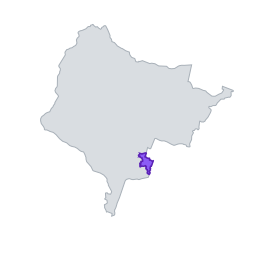 Kahemba, Bandundu, Democratic Republic of the Congo (highlighted), rotated 290°
{"feature_id": "63176286B37251946319002", "entity_name": "Kahemba", "entity_type": "district", "adm_level": 2, "iso_a3": "COD", "parent_name": "Democratic Republic of the Congo", "parent_adm1": "Bandundu", "projection": "albers", "projection_center": [18.943, -7.197], "detail": "fine", "context": "in_parent", "style": "filled", "palette": "violet", "viewbox_px": 256, "rotation_deg": 290, "n_neighbors": 0, "source": "geoboundaries", "source_scale": "gbopen_adm2", "svg_char_len": 6498}
<svg xmlns="http://www.w3.org/2000/svg" viewBox="0 0 256 256"><g transform="rotate(290 128 128)"><path d="M209.1,166.2L192.1,168.5L192.4,169.5L192.3,170.5L191.8,171.3L190.0,173.3L187.5,175.2L187.4,175.7L188.7,177.9L189.4,180.9L189.1,186.1L189.4,187.5L189.3,188.6L188.5,189.8L186.6,196.0L187.7,199.1L191.0,202.0L192.9,204.1L196.1,204.9L196.7,204.8L196.9,203.1L199.5,202.5L199.3,213.6L199.1,214.2L198.6,214.4L197.9,214.0L197.8,212.9L197.1,212.5L193.9,213.8L193.1,213.7L192.2,213.5L191.6,212.9L191.4,212.0L189.2,208.7L188.1,208.5L186.9,205.5L182.0,203.3L180.0,203.1L179.0,202.4L178.1,200.1L176.4,198.6L176.1,196.9L175.8,196.7L174.7,197.0L173.8,199.6L172.7,200.2L170.6,200.2L165.4,199.4L161.8,198.0L160.8,198.0L159.4,196.8L158.8,194.8L159.1,193.3L158.9,193.0L153.2,194.3L151.9,195.0L150.6,194.8L150.2,194.4L150.8,193.3L150.5,192.2L150.1,191.6L148.4,191.2L147.9,190.0L146.9,189.8L146.6,189.9L146.3,190.8L145.7,191.1L142.3,190.6L138.8,191.7L134.1,191.3L131.9,192.6L131.6,192.6L131.1,191.9L130.7,189.8L130.9,189.2L131.6,188.8L131.9,188.0L131.6,185.8L131.8,185.2L131.6,184.0L130.9,182.0L129.9,180.3L127.8,177.8L127.4,176.7L127.6,173.9L128.3,169.5L128.3,166.3L127.4,164.2L127.2,161.9L127.8,157.8L127.3,156.8L116.6,156.4L116.1,156.1L115.9,155.5L116.4,153.1L109.9,153.7L107.9,154.2L106.7,155.2L106.3,156.4L106.2,158.2L105.2,159.9L105.0,162.7L103.1,163.1L101.3,163.1L97.9,162.5L94.5,163.3L92.8,164.0L91.9,163.7L88.9,164.0L88.5,163.8L85.0,158.1L83.4,156.2L83.1,155.3L83.2,154.4L82.8,153.3L81.2,150.4L80.9,149.0L80.9,146.9L80.7,146.2L79.3,144.3L78.3,143.7L77.2,143.4L59.6,143.8L53.8,143.5L49.6,143.8L47.4,143.7L46.8,143.4L44.9,143.9L43.9,144.6L42.4,145.1L41.4,144.9L39.6,142.8L42.0,142.4L42.2,142.2L42.3,137.2L41.7,136.5L43.0,135.6L45.1,133.3L47.2,132.5L47.5,132.1L47.9,132.1L48.7,133.0L50.5,134.2L52.7,133.1L53.0,132.8L53.2,130.6L53.8,130.4L54.8,130.9L55.3,130.9L56.3,130.3L59.1,129.1L60.0,130.5L59.2,131.8L59.6,132.7L59.6,134.0L60.1,134.3L62.4,134.5L63.0,134.1L67.5,129.1L68.7,128.6L70.5,126.6L73.0,125.7L74.1,124.1L75.5,121.3L76.2,117.3L75.9,110.4L76.1,109.5L79.1,106.4L82.2,100.7L84.3,99.2L85.9,98.6L88.3,96.6L90.3,94.5L90.0,92.0L90.5,89.9L91.5,87.3L91.9,84.5L91.5,81.6L91.6,79.2L93.1,75.4L93.2,71.1L94.5,67.4L97.1,62.8L98.3,59.3L98.1,55.9L98.4,53.4L98.3,52.0L97.8,50.7L98.1,49.9L99.0,49.6L100.3,48.3L102.5,45.0L104.9,43.4L106.6,42.8L108.3,42.9L109.4,43.2L111.3,44.5L113.4,45.5L114.9,46.8L116.5,48.9L120.2,49.3L121.8,50.1L122.8,50.3L123.1,50.2L123.9,50.3L125.7,50.9L127.1,50.6L133.9,51.9L134.7,51.3L136.7,47.8L138.1,46.6L140.5,46.5L142.3,47.2L143.3,47.2L151.8,44.3L152.9,44.2L156.0,45.0L158.0,44.5L158.8,44.7L160.6,44.2L162.0,42.1L163.2,41.6L175.3,44.1L177.2,43.0L178.1,42.9L180.8,43.7L181.6,45.0L183.2,46.2L184.3,48.0L186.1,49.1L187.0,50.0L188.1,50.7L190.3,51.0L193.1,49.4L195.1,49.6L197.1,50.6L197.8,50.6L199.3,49.6L200.1,48.6L200.9,48.4L202.0,48.9L203.0,49.9L203.8,51.3L206.8,54.5L209.7,55.9L210.4,57.8L211.4,57.7L212.0,57.9L212.7,59.1L213.2,59.3L213.3,59.8L212.5,61.0L211.8,63.1L212.7,64.5L211.8,66.4L211.4,68.5L212.3,69.0L213.6,69.0L214.7,70.1L215.5,70.3L216.4,71.4L216.2,72.3L213.2,75.5L208.8,79.5L207.3,79.9L206.5,80.7L206.0,81.8L204.7,82.8L203.7,83.2L203.6,86.1L202.0,89.1L201.5,89.7L200.6,94.6L200.7,95.5L199.8,99.5L199.8,103.3L197.7,104.4L196.2,106.3L195.6,107.5L195.6,110.6L193.2,112.5L193.0,112.9L193.5,115.1L194.4,115.4L194.4,116.2L196.2,118.5L196.0,125.7L196.0,126.4L197.0,128.1L197.6,131.4L196.8,135.5L199.2,143.2L198.0,145.9L198.5,148.6L199.9,151.5L203.5,154.3L204.4,155.4L205.3,157.0L206.1,159.4L209.1,166.2Z" fill="#d9dde1" stroke="#a8b0b8" stroke-width="1"/><path d="M96.4,152.8L96.5,152.9L96.4,153.0L96.5,153.0L96.5,153.3L96.5,153.6L96.7,153.8L96.8,153.8L96.7,153.8L96.8,154.0L97.0,154.0L97.0,154.3L97.1,154.5L97.1,154.8L97.2,155.0L97.2,155.3L97.3,155.5L97.5,155.9L97.5,156.0L97.8,156.3L98.0,156.5L98.1,156.8L98.1,157.0L98.3,157.1L98.5,157.1L98.6,157.3L98.5,157.5L98.1,158.4L97.9,158.5L97.7,158.4L97.4,158.2L97.3,158.4L97.1,158.6L96.8,158.7L96.6,158.8L96.5,158.7L96.4,158.7L96.2,158.6L95.9,158.7L95.9,158.9L95.7,159.0L95.6,159.3L95.6,159.5L95.6,159.8L95.5,160.0L95.5,160.3L95.3,160.3L95.2,160.3L95.0,160.5L94.9,160.7L94.7,160.6L94.6,160.8L94.5,161.0L94.4,161.1L94.5,161.1L94.4,161.1L94.3,161.3L94.1,161.3L93.9,161.3L93.7,161.4L93.3,161.2L93.2,161.2L92.6,161.3L92.1,161.6L92.0,161.8L91.9,161.9L91.9,162.0L92.0,162.1L91.9,162.3L92.0,162.6L91.8,162.8L91.7,162.9L91.7,163.2L91.7,163.8L92.2,163.8L92.3,163.9L92.5,164.1L93.6,164.0L93.7,163.9L93.5,163.7L93.6,163.4L93.9,163.4L94.1,163.1L94.6,163.0L95.1,163.0L95.4,162.9L95.5,163.0L95.9,163.3L96.0,163.2L96.1,163.3L96.2,163.2L96.3,163.2L97.5,163.1L97.6,162.8L97.7,162.7L97.8,162.6L97.8,162.4L99.8,162.3L99.9,162.7L99.9,162.8L100.0,163.0L105.8,163.0L105.9,162.9L105.8,162.7L105.1,162.4L105.1,162.2L105.1,161.9L105.2,161.3L105.3,161.1L105.4,160.9L105.5,160.4L105.6,160.1L105.5,159.8L105.4,159.7L105.3,159.4L105.2,159.2L105.3,159.1L106.1,159.1L106.3,159.0L106.3,158.9L106.4,158.7L106.4,158.4L106.5,158.3L106.6,158.2L106.8,158.2L106.7,157.9L106.6,157.7L106.4,157.2L106.3,156.7L106.4,156.3L106.4,156.2L106.5,155.8L106.4,155.7L106.4,155.4L106.5,155.1L106.7,154.6L107.0,154.4L106.9,154.1L106.8,153.8L110.6,153.8L110.7,153.7L110.6,153.4L110.5,153.2L110.5,152.9L110.4,152.9L110.4,152.7L110.2,152.4L110.1,152.2L109.9,152.0L109.9,151.9L109.7,151.7L109.5,151.4L109.4,151.4L109.3,151.2L109.2,151.0L109.1,150.9L109.0,150.7L108.9,150.7L108.8,150.4L108.6,150.4L108.4,150.0L108.3,149.8L108.4,149.7L108.3,149.4L108.3,149.2L108.4,148.8L108.3,148.7L108.3,148.3L108.3,148.2L108.2,148.0L108.2,147.8L108.2,147.7L108.1,147.8L107.9,147.8L107.7,147.9L107.4,147.9L107.1,147.8L106.6,147.6L106.5,147.4L106.4,147.4L106.2,147.4L106.0,147.2L105.9,147.2L105.8,147.3L105.7,147.4L105.5,148.0L105.4,148.1L105.2,148.2L104.9,148.1L105.0,148.3L105.0,148.7L104.9,148.8L105.0,148.9L104.9,148.9L104.9,149.0L104.9,149.4L104.8,149.5L104.8,149.8L104.8,150.0L104.6,150.2L104.5,150.6L104.4,150.8L104.4,151.0L104.3,151.3L104.4,151.5L104.1,151.5L103.9,151.6L103.7,151.9L103.6,152.1L103.4,152.3L103.2,152.4L103.1,152.6L102.9,152.7L102.9,152.8L102.6,152.9L102.4,152.9L102.1,153.0L101.7,153.1L101.6,152.7L101.4,152.3L101.4,152.2L101.2,152.1L101.1,151.9L100.9,151.8L100.7,151.9L100.7,151.7L100.5,151.8L100.3,151.9L100.2,152.0L99.9,152.0L99.7,151.9L99.4,152.1L99.2,152.1L99.4,151.7L99.1,151.3L99.0,151.2L98.9,151.2L98.4,151.4L98.2,151.4L97.7,151.8L97.7,152.1L97.4,151.9L96.5,152.1L96.6,152.3L96.7,152.5L96.8,152.5L96.6,152.8L96.4,152.8Z" fill="#8b5cf6" stroke="#5b21b6" stroke-width="1.5"/></g></svg>